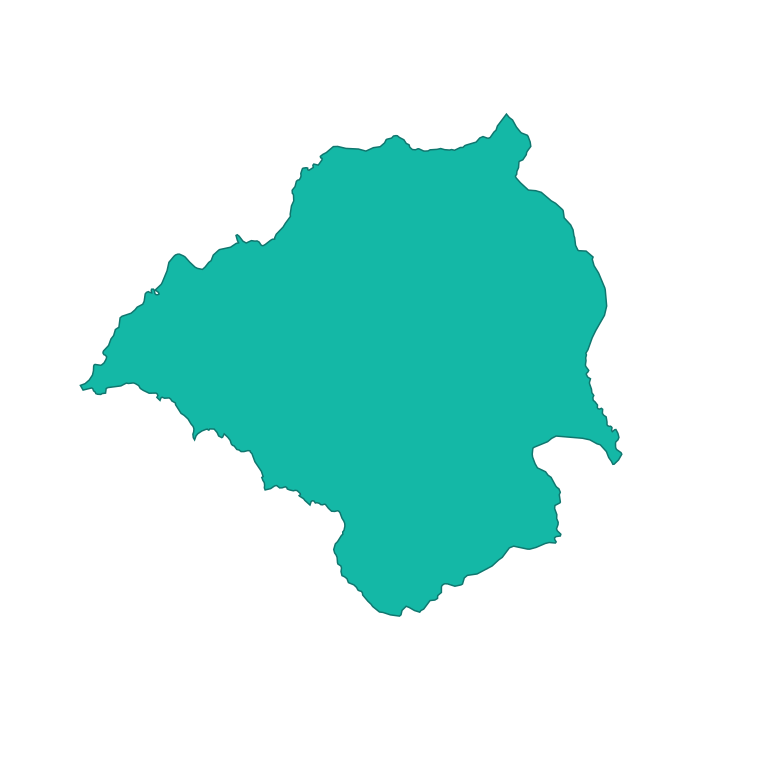 Remexio, Aileu, East Timor (Natural Earth projection), rotated 147°
{"feature_id": "22284137B74211319076421", "entity_name": "Remexio", "entity_type": "district", "adm_level": 2, "iso_a3": "TLS", "parent_name": "East Timor", "parent_adm1": "Aileu", "projection": "natural_earth1", "projection_center": [125.716, -8.631], "detail": "fine", "context": "isolated", "style": "filled", "palette": "teal", "viewbox_px": 768, "rotation_deg": 147, "n_neighbors": 0, "source": "geoboundaries", "source_scale": "gbopen_adm2", "svg_char_len": 6171}
<svg xmlns="http://www.w3.org/2000/svg" viewBox="0 0 768 768"><g transform="rotate(147 384 384)"><path d="M134.3,543.7L148.4,538.6L151.7,535.9L154.6,535.4L160.7,532.9L162.4,533.2L163.5,534.0L166.2,537.6L169.7,538.2L175.0,536.7L184.8,539.6L186.4,539.9L188.9,539.4L191.2,540.8L197.5,541.6L199.6,543.8L201.6,544.5L205.5,547.5L208.2,550.6L211.7,551.9L217.8,555.3L220.1,555.5L222.8,557.0L223.9,557.9L226.6,562.2L227.4,562.8L230.1,563.3L232.5,565.2L233.4,568.4L232.7,571.0L234.3,573.6L234.3,578.0L236.8,582.4L237.6,584.9L238.7,585.8L241.0,586.8L243.7,586.1L248.2,587.7L249.2,587.7L252.2,585.9L258.0,585.1L264.2,588.0L272.3,589.2L277.5,595.0L287.6,602.3L293.5,608.5L297.2,610.7L306.4,609.5L310.3,609.9L313.4,609.6L313.9,608.2L313.1,607.0L314.0,605.7L319.9,603.4L323.1,606.7L324.5,606.2L325.4,604.1L330.5,604.1L331.2,605.2L330.4,606.7L331.5,607.8L334.3,609.1L335.2,609.0L339.1,605.9L340.3,603.6L341.5,602.6L343.7,601.4L345.5,602.0L347.1,601.7L351.1,598.0L355.5,596.5L357.0,593.9L356.8,592.5L357.2,591.4L360.0,586.7L364.6,583.8L370.2,577.5L371.2,575.5L379.2,572.5L383.1,570.6L392.8,568.3L396.0,566.2L396.8,565.1L398.8,566.2L400.7,566.3L407.5,565.7L409.8,565.8L410.9,566.4L411.4,567.7L411.4,571.0L412.5,573.1L414.4,574.1L417.2,576.5L422.8,577.3L424.5,580.6L425.0,586.9L425.8,589.1L427.2,589.2L428.7,584.5L429.1,581.6L431.4,582.4L438.2,582.3L448.7,586.3L449.8,586.3L457.0,585.1L461.8,581.6L464.8,581.4L470.4,579.5L473.9,579.0L477.5,582.6L478.8,584.8L480.6,592.1L481.6,598.8L482.4,600.6L484.8,604.3L486.2,605.2L488.6,605.8L490.7,605.5L498.1,603.2L504.3,597.1L514.6,590.0L516.6,588.9L524.2,587.5L524.3,586.5L523.3,583.7L523.6,582.0L525.1,582.0L526.6,583.2L526.9,584.7L525.6,587.3L525.7,589.1L527.3,590.1L528.2,589.3L529.2,587.0L530.6,588.4L531.3,589.8L533.3,590.2L535.2,589.6L540.1,584.0L542.9,582.3L549.1,582.9L552.5,581.8L557.5,581.1L566.8,583.5L569.3,583.2L575.4,576.0L579.6,576.0L584.3,571.9L588.4,570.5L594.0,566.3L601.2,564.5L602.2,563.8L602.8,563.0L602.9,561.2L602.0,559.8L601.8,557.8L603.5,556.2L607.2,554.2L610.4,553.8L611.4,554.0L615.7,557.8L616.6,557.9L617.7,557.2L620.5,553.3L623.6,550.3L629.0,547.9L634.5,547.1L639.4,548.2L639.7,542.8L631.3,539.9L630.8,538.6L631.3,536.5L630.6,534.3L630.9,532.9L629.8,531.4L627.2,529.5L625.6,529.5L622.5,528.0L619.5,531.5L617.6,531.4L605.7,525.7L599.6,525.1L598.0,523.6L593.6,521.4L592.4,519.9L590.6,516.3L590.8,513.0L589.4,509.8L586.0,504.2L580.2,500.6L579.6,499.4L579.9,497.4L581.8,496.5L580.8,492.2L578.7,493.8L577.3,493.8L575.8,491.6L571.7,489.3L571.1,487.4L571.2,485.5L569.3,481.7L570.1,480.1L570.2,469.9L568.7,466.6L567.4,461.4L567.6,455.4L567.2,452.3L567.9,449.8L569.7,447.5L571.6,446.0L573.2,442.8L573.3,440.3L569.8,442.9L567.3,443.7L562.4,443.8L557.9,442.9L556.6,442.2L556.4,441.0L555.7,440.7L554.5,441.2L551.0,438.7L550.4,434.2L551.0,430.5L549.3,427.4L548.3,427.3L545.2,429.2L544.7,427.3L544.0,424.3L543.7,420.5L544.7,417.0L544.5,415.2L543.4,413.5L543.1,409.3L541.4,407.4L540.7,405.2L538.3,403.6L534.5,402.3L532.8,401.0L533.1,399.7L532.7,397.5L534.6,389.1L534.4,377.6L535.8,372.2L537.4,372.2L538.1,368.9L538.1,366.5L539.4,363.9L540.9,362.1L541.4,359.9L536.1,358.0L531.1,358.1L529.3,357.3L528.1,353.7L526.0,352.4L522.6,351.5L522.0,349.9L522.3,348.6L520.9,346.6L518.2,343.8L516.4,343.2L514.9,341.9L513.9,337.7L514.4,336.7L516.0,336.7L516.0,336.1L513.9,331.6L513.8,329.5L512.0,322.8L509.1,325.1L507.7,325.1L507.0,324.5L506.5,324.0L506.4,321.6L504.9,321.0L503.1,319.0L502.9,317.5L501.6,316.3L499.4,315.6L498.7,314.9L498.3,310.0L497.3,305.9L494.8,304.0L492.0,303.0L491.2,301.9L491.0,300.0L492.3,294.5L492.4,290.6L492.9,288.4L494.2,286.1L497.2,283.1L499.2,282.4L500.4,280.4L502.1,280.2L508.8,277.1L511.9,276.4L516.3,272.6L517.4,269.2L517.3,266.7L517.8,264.1L520.3,259.5L520.7,258.1L519.3,255.0L519.8,252.9L522.2,250.1L523.6,246.2L522.1,243.8L521.1,240.9L522.0,236.8L518.7,232.0L517.8,228.3L518.1,225.5L517.5,224.2L516.0,222.5L515.8,220.8L516.8,218.6L515.8,210.5L514.8,206.4L514.7,203.6L512.0,195.3L509.3,193.0L504.4,186.9L497.4,180.9L495.4,181.2L492.2,184.3L486.5,185.5L484.6,182.9L481.8,177.4L478.3,173.2L476.4,173.9L473.3,173.6L463.3,177.3L459.0,175.1L455.9,175.0L454.2,177.3L449.4,177.9L446.3,182.6L445.1,183.4L443.4,183.6L441.9,183.4L439.6,181.8L434.7,175.8L428.9,173.6L427.1,173.5L422.3,177.6L418.3,178.1L409.4,174.0L392.4,172.5L383.8,174.0L379.2,174.2L368.1,178.3L363.6,177.4L353.7,167.5L351.7,166.1L345.4,164.1L335.5,162.4L331.8,161.1L326.9,157.3L325.6,157.8L325.5,160.6L324.7,162.1L322.8,162.3L318.9,160.5L317.5,161.7L318.6,166.5L318.2,168.6L314.6,171.3L313.2,173.2L312.5,177.1L310.2,180.3L308.7,186.7L306.8,189.0L301.2,188.5L300.4,188.9L297.3,195.7L295.1,197.2L294.4,200.8L295.4,203.6L295.5,205.2L294.7,214.7L296.1,218.2L296.3,222.4L301.0,230.1L300.7,234.9L299.2,241.7L297.9,244.4L294.2,249.0L292.6,249.2L278.2,246.5L273.0,247.1L268.0,246.6L247.1,230.4L241.8,225.1L237.9,217.8L235.7,215.2L234.3,206.2L235.6,199.9L235.4,195.3L235.8,192.0L234.7,191.4L228.6,192.6L222.8,195.6L222.6,197.4L224.5,202.1L224.6,203.6L224.0,205.2L222.0,208.4L221.0,209.2L218.3,209.7L216.1,211.2L214.7,215.2L214.3,219.5L215.3,220.0L218.5,219.7L218.4,221.2L216.6,223.1L216.6,224.2L217.0,225.2L218.2,225.8L219.2,227.4L219.0,228.7L217.7,230.6L215.6,235.4L216.8,238.3L216.8,240.5L214.4,243.7L214.9,245.2L217.0,245.6L218.0,246.8L217.9,248.1L216.4,250.1L216.7,254.0L217.4,256.4L216.3,258.8L214.3,260.1L214.4,263.5L212.8,266.7L211.4,272.5L210.7,273.6L208.0,275.9L209.4,278.9L209.1,281.8L208.5,282.6L206.5,283.0L204.9,283.9L205.2,289.2L204.3,290.8L201.9,293.5L200.6,296.1L198.4,298.1L197.9,299.9L194.4,301.6L184.3,309.3L177.3,313.5L161.7,321.5L154.8,328.1L147.2,342.4L146.5,344.2L143.6,360.2L143.4,368.8L141.4,375.2L139.5,376.6L142.1,385.4L148.0,389.7L148.5,390.6L147.8,396.0L144.4,402.9L143.9,405.0L141.5,410.3L140.8,415.8L142.4,425.2L139.4,431.6L139.3,432.9L141.7,442.1L144.0,446.6L147.7,459.1L151.5,463.5L157.3,468.0L160.0,478.6L160.9,484.8L160.8,486.2L160.2,487.0L158.6,487.5L156.8,489.9L153.3,492.2L149.9,496.7L149.0,497.0L145.5,496.4L139.8,498.8L138.5,500.3L137.0,501.2L131.5,503.3L129.6,507.3L128.3,513.2L128.3,514.5L132.0,519.7L132.3,520.8L133.0,527.5L132.4,535.4L133.8,539.3L134.3,543.7Z" fill="#14b8a6" stroke="#0f766e" stroke-width="1.5"/></g></svg>